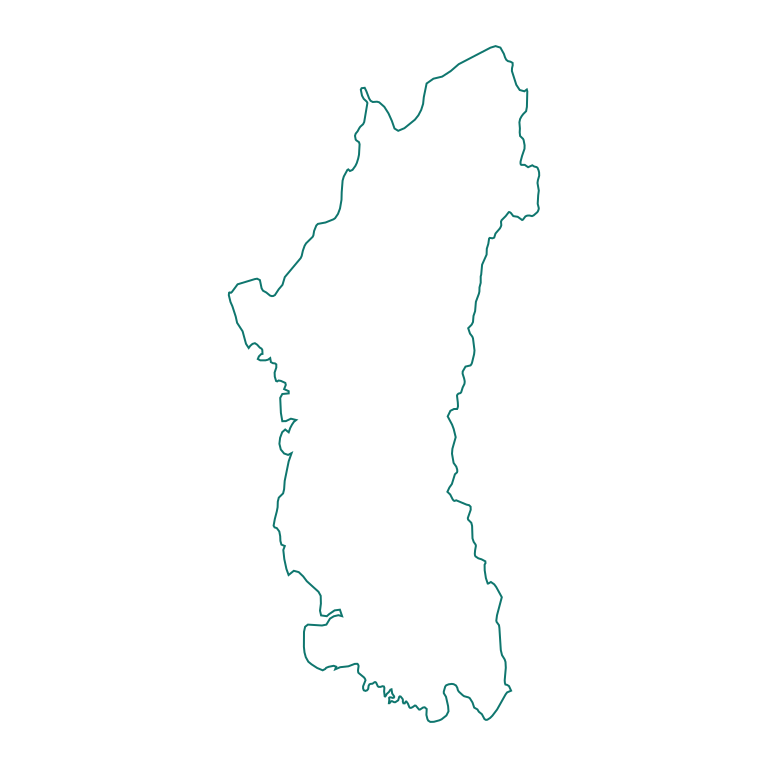 an SVG outline of Perak
{"feature_id": "MYS-1137", "entity_name": "Perak", "entity_type": "State", "adm_level": 1, "iso_a3": "MYS", "parent_name": "Malaysia", "parent_adm1": "", "projection": "equal_earth", "projection_center": [101.191, 4.79], "detail": "fine", "context": "isolated", "style": "outline", "palette": "teal", "viewbox_px": 768, "rotation_deg": 0, "n_neighbors": 0, "source": "natural_earth", "source_scale": "10m", "svg_char_len": 6096}
<svg xmlns="http://www.w3.org/2000/svg" viewBox="0 0 768 768"><path d="M364.7,87.8L366.4,91.3L369.1,98.4L370.6,100.8L372.8,102.0L377.0,101.7L379.2,102.3L384.3,106.8L388.5,113.4L391.9,121.0L394.5,128.5L398.2,130.8L404.4,128.2L414.9,119.7L418.4,115.3L421.2,109.9L423.1,103.9L423.8,97.2L426.6,83.5L433.4,78.7L442.2,76.6L450.8,71.0L458.7,64.2L490.4,47.7L495.6,46.1L500.4,47.6L503.9,53.9L505.0,57.3L506.2,59.7L507.9,61.1L510.5,61.7L512.6,62.9L512.7,65.3L512.0,68.3L511.9,71.0L516.3,84.8L519.7,90.0L524.4,91.3L526.8,89.5L527.3,91.3L526.9,106.9L526.1,111.2L523.2,114.1L521.5,116.4L520.1,119.0L519.4,122.3L519.9,128.5L519.7,132.4L520.1,136.0L523.0,138.8L523.6,140.0L524.6,145.3L524.5,148.8L522.1,155.8L520.6,161.4L520.5,163.2L520.8,164.5L521.4,164.9L524.8,164.9L528.1,167.2L532.3,165.3L534.2,166.5L536.6,167.1L537.5,167.8L538.6,170.4L539.1,172.5L539.2,175.7L537.9,180.2L537.5,183.0L538.8,190.6L538.2,195.2L537.7,203.8L538.8,208.2L538.6,209.5L537.9,211.3L537.2,212.3L533.6,215.4L532.0,216.1L529.4,215.5L527.2,215.6L525.4,216.4L523.0,219.6L522.1,220.0L517.7,216.8L513.3,216.1L510.9,213.0L509.6,212.1L508.8,212.1L505.7,216.1L501.6,220.2L501.0,221.7L501.3,225.2L500.8,226.7L499.9,228.4L495.5,233.5L494.2,237.6L492.5,238.3L489.8,237.9L489.1,238.5L488.3,243.9L486.8,248.7L486.6,254.6L482.1,264.7L481.2,274.6L480.7,276.4L480.7,282.8L479.5,287.4L479.4,291.5L478.9,293.7L475.9,301.8L475.1,311.2L473.5,315.9L473.0,322.0L471.7,324.6L468.2,328.2L470.0,333.6L472.3,336.6L473.0,338.4L474.5,350.5L474.1,354.2L472.0,362.8L471.3,364.4L470.5,365.4L465.5,366.6L462.7,371.5L462.6,373.7L464.1,378.4L464.7,381.2L464.6,382.8L464.4,384.0L462.7,387.4L461.2,392.2L460.4,393.1L458.5,393.6L457.4,394.6L457.0,395.7L457.8,402.4L458.0,406.2L457.6,407.9L457.1,409.0L454.0,409.0L450.4,410.8L447.7,416.4L452.1,424.7L453.7,429.0L455.7,437.2L452.4,448.8L452.0,453.7L453.6,462.9L456.3,466.7L457.2,469.6L457.3,471.3L457.0,472.4L454.9,474.3L451.9,484.0L449.4,487.5L447.4,491.8L450.2,494.5L452.7,499.4L453.7,500.6L454.6,500.9L456.2,500.3L466.5,504.6L469.1,505.2L470.6,506.7L470.7,509.8L467.8,518.1L468.1,519.6L471.3,522.8L472.1,525.9L472.5,538.4L473.7,541.9L475.6,544.6L475.9,545.9L475.1,550.3L474.8,553.8L475.0,555.4L475.5,556.4L478.3,558.3L481.5,559.3L485.3,561.3L485.5,563.1L484.6,564.7L484.7,570.3L485.9,578.1L487.7,583.5L488.4,583.5L490.9,582.0L494.2,584.3L496.2,587.0L501.8,597.2L497.0,615.3L496.3,620.6L496.6,621.9L499.0,625.2L499.4,628.0L500.8,650.1L502.0,655.1L504.7,659.5L505.5,662.0L505.8,667.7L504.7,680.3L504.9,682.9L505.4,684.5L507.1,684.9L509.0,686.1L511.1,690.7L507.1,692.4L505.6,694.4L497.1,709.5L492.4,715.7L490.2,717.9L487.4,719.7L486.0,719.9L484.5,719.1L481.9,714.2L478.8,711.7L477.4,709.4L474.2,707.6L472.5,702.5L469.8,698.2L468.5,697.4L464.1,696.2L462.7,695.2L458.7,691.5L457.8,689.9L457.3,687.8L456.0,685.5L453.7,684.2L451.8,683.9L448.7,684.3L446.2,685.3L445.2,686.6L443.8,691.5L443.8,693.2L446.0,696.8L448.1,706.2L448.5,711.3L446.4,715.5L441.6,719.3L439.4,720.3L433.9,721.8L430.3,721.9L428.2,720.6L427.4,719.0L426.4,714.9L426.7,709.0L424.7,707.3L423.1,707.5L419.9,709.6L419.0,709.5L415.8,705.7L414.9,705.5L412.5,707.2L410.9,707.9L410.0,707.8L409.4,707.3L407.9,703.6L406.4,701.5L405.7,701.6L404.7,703.4L403.4,703.3L402.8,701.7L402.9,699.9L402.5,698.8L400.6,696.5L399.7,696.4L399.2,696.9L398.2,700.3L395.3,702.2L394.1,702.2L391.9,701.1L391.0,701.4L389.5,703.2L388.9,703.2L389.3,699.8L389.1,697.9L389.7,697.3L390.7,697.3L392.7,697.9L393.8,697.7L394.2,697.1L394.1,696.3L392.2,693.5L391.5,689.3L390.4,689.7L389.0,691.9L386.7,694.0L385.8,695.8L385.1,696.5L384.7,696.3L384.1,691.3L384.4,687.9L383.9,686.5L382.5,686.2L380.5,686.9L378.7,686.9L377.8,686.3L376.1,682.6L375.3,682.1L374.5,682.2L372.5,683.7L370.4,683.9L369.4,684.4L368.6,685.8L368.2,688.9L367.1,690.3L365.5,690.9L363.8,690.3L363.1,688.5L363.1,686.3L365.5,680.3L365.1,679.0L364.1,677.5L358.5,672.9L358.2,672.2L358.0,670.3L358.6,666.0L358.0,664.4L357.3,663.8L354.7,663.9L348.4,666.3L340.2,667.2L335.2,669.3L336.2,666.7L333.7,665.8L328.7,666.8L326.2,667.8L325.2,669.0L322.7,670.3L317.2,668.0L311.5,664.3L308.3,661.7L305.8,657.2L304.5,652.4L303.9,646.9L304.0,631.8L305.1,626.8L307.9,624.6L322.0,625.5L326.4,624.6L330.0,618.6L333.8,616.3L338.4,615.2L342.1,616.2L339.9,609.7L334.6,610.4L329.3,614.0L326.8,616.2L321.1,615.4L320.0,610.7L320.9,603.6L320.7,595.8L318.5,591.8L306.8,581.2L303.2,576.4L298.7,572.1L293.8,570.8L288.6,575.0L286.4,568.9L284.3,559.1L283.3,550.0L284.8,546.0L281.4,544.6L280.4,540.9L280.2,536.2L279.3,531.5L276.8,528.1L274.6,527.4L273.6,525.7L274.8,519.1L276.8,511.4L277.6,507.3L277.8,501.6L278.8,497.6L283.1,493.4L284.1,489.3L284.7,480.9L288.7,461.3L291.6,453.1L288.1,454.9L284.1,453.5L280.8,449.5L279.4,443.8L280.1,437.8L282.2,432.2L285.2,429.5L288.7,432.3L290.2,428.0L292.0,424.6L293.9,421.8L296.2,420.0L290.9,418.7L285.9,421.1L282.3,421.2L280.9,412.9L280.2,397.9L282.3,394.0L288.7,393.4L288.7,391.2L284.1,389.1L285.8,384.9L285.3,382.9L280.9,380.9L278.6,380.5L277.2,381.4L276.1,381.0L274.8,376.7L274.6,372.6L276.3,367.5L276.3,364.4L275.0,363.4L272.9,363.2L270.9,362.1L270.2,358.1L268.0,359.7L265.6,360.3L260.2,360.3L257.8,359.0L258.9,356.4L261.2,354.1L262.5,353.9L262.3,349.9L261.5,348.6L259.8,347.6L257.2,344.7L254.9,343.2L252.5,343.9L250.3,345.8L248.7,348.0L246.0,343.8L242.6,331.3L237.1,322.8L235.7,316.5L232.4,306.3L230.5,302.0L228.8,295.1L229.1,292.7L229.9,292.4L230.9,292.8L231.9,292.0L237.6,284.3L254.8,279.1L257.1,278.7L259.9,280.1L261.6,288.3L263.0,290.7L266.3,292.5L270.1,295.6L271.8,296.1L273.2,296.0L274.9,295.1L278.7,289.3L282.5,284.8L284.8,277.1L300.7,258.1L301.7,255.9L302.9,250.6L304.6,245.8L306.1,243.3L312.7,236.8L313.4,235.3L314.1,231.0L316.3,225.5L317.9,223.9L325.5,222.5L333.5,219.3L335.1,218.2L338.0,213.9L340.0,208.5L341.5,199.8L341.7,192.3L342.6,180.6L343.8,176.5L347.4,169.9L348.3,169.4L349.9,171.0L352.5,169.9L355.4,165.9L356.8,163.0L358.2,158.5L359.0,154.7L359.6,144.3L359.0,142.2L356.4,140.4L355.7,139.6L355.0,135.8L355.7,133.6L357.6,131.3L359.2,128.3L360.3,126.7L363.1,124.2L364.2,122.0L367.4,103.0L366.7,101.6L363.7,98.8L362.0,95.6L360.8,89.7L361.6,88.2L364.7,87.8Z" fill="none" stroke="#0f766e" stroke-width="2"/></svg>